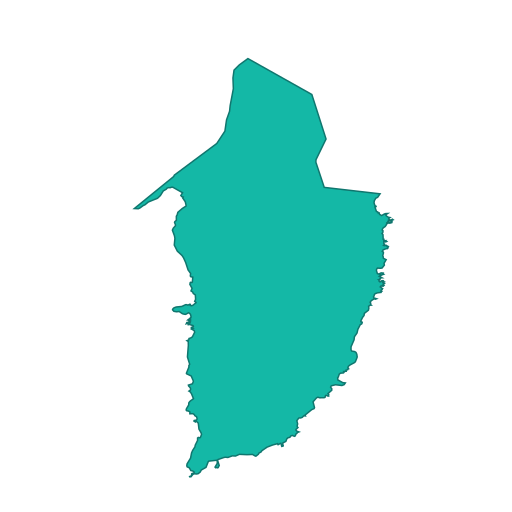 outline of Djando, Moûhîlî, Comoros, rotated 69°
{"feature_id": "10938185B42418571168375", "entity_name": "Djando", "entity_type": "district", "adm_level": 2, "iso_a3": "COM", "parent_name": "Comoros", "parent_adm1": "Moûhîlî", "projection": "equal_earth", "projection_center": [43.833, -12.356], "detail": "fine", "context": "isolated", "style": "filled", "palette": "teal", "viewbox_px": 512, "rotation_deg": 69, "n_neighbors": 0, "source": "geoboundaries", "source_scale": "gbopen_adm2", "svg_char_len": 6165}
<svg xmlns="http://www.w3.org/2000/svg" viewBox="0 0 512 512"><g transform="rotate(69 256 256)"><path d="M168.1,352.6L169.7,349.0L169.6,347.2L168.5,343.2L168.4,341.3L167.0,337.2L166.8,327.2L165.3,323.6L162.0,319.2L161.5,315.9L160.8,314.7L160.8,313.3L161.5,311.6L161.5,310.2L161.9,309.1L170.6,301.9L172.6,304.5L174.0,304.0L174.9,302.8L175.7,303.6L180.0,302.6L183.6,303.1L184.3,303.4L185.2,307.7L187.2,313.3L189.5,315.0L190.3,316.1L194.2,317.6L194.8,319.4L195.4,320.0L198.0,320.0L198.9,320.4L200.4,323.3L201.9,324.8L207.9,324.9L210.5,325.4L216.5,328.4L223.3,327.7L229.0,324.9L231.7,324.3L236.9,324.0L244.7,324.4L248.9,323.3L251.1,324.5L252.0,324.3L253.1,322.6L257.6,324.8L257.8,325.3L257.1,326.5L257.2,326.9L258.8,327.9L263.3,327.3L265.3,329.2L267.0,328.0L268.5,328.0L270.6,326.6L274.8,327.9L276.4,329.5L277.3,328.8L278.1,328.7L279.4,332.6L279.4,334.0L278.6,335.1L277.7,334.6L277.3,335.0L277.5,337.2L276.6,338.1L276.2,339.2L276.5,343.3L275.0,348.8L275.0,351.1L275.4,352.3L276.3,353.2L278.2,352.5L279.6,350.2L280.3,347.6L283.5,345.4L284.6,343.9L285.2,342.8L285.2,342.0L284.8,339.3L286.0,338.4L287.5,338.1L289.8,338.5L290.5,340.1L290.9,339.6L291.4,340.0L291.0,341.8L291.3,342.6L292.4,340.6L292.6,341.6L293.4,341.0L293.6,343.1L293.3,344.4L294.2,345.3L294.2,342.7L294.7,341.5L295.2,342.0L295.6,343.9L295.9,343.9L295.9,342.3L296.4,342.3L298.4,339.7L299.2,339.6L299.6,340.0L299.5,342.0L299.8,342.1L301.0,340.8L301.1,342.4L303.5,340.4L305.2,340.6L308.7,344.4L309.1,346.3L309.0,348.1L310.2,348.8L310.3,350.8L311.5,349.9L315.2,351.2L325.7,356.2L333.3,356.7L334.2,357.9L335.7,358.5L340.5,363.0L341.1,363.0L344.8,359.5L349.9,359.3L350.8,359.5L352.5,361.2L352.3,365.4L353.2,365.5L355.4,364.6L356.8,364.7L357.7,365.4L358.1,367.0L359.1,366.2L361.3,365.6L366.8,365.5L367.8,369.2L368.6,370.8L369.1,371.4L370.9,372.2L373.6,375.6L374.7,376.4L375.6,376.2L376.6,374.6L377.9,373.6L379.6,374.3L380.6,371.4L381.8,370.5L383.2,370.3L384.7,369.1L386.9,369.3L387.5,369.8L387.8,370.4L387.4,372.6L387.8,373.1L389.2,372.1L388.7,371.5L388.8,371.0L391.3,369.8L397.2,371.3L401.5,370.6L403.1,370.8L405.5,373.0L405.5,373.7L404.7,374.9L405.0,375.8L407.2,376.6L410.8,380.5L412.3,381.4L414.7,384.7L416.7,386.7L421.2,389.5L425.4,394.9L427.1,395.8L428.2,395.8L429.8,394.2L433.0,393.7L433.9,392.2L435.6,391.1L436.6,392.0L436.1,393.3L436.3,394.1L437.7,394.8L438.2,395.9L438.1,397.0L438.4,397.0L438.8,395.8L437.2,393.0L437.3,391.4L438.2,389.7L438.5,388.0L437.7,385.5L436.2,383.8L435.4,378.4L430.9,374.3L430.6,373.5L432.6,365.9L434.1,365.8L435.8,366.6L438.4,369.9L439.3,369.5L439.4,368.4L440.0,367.8L440.0,367.2L438.4,365.4L433.1,365.1L432.4,364.5L432.6,358.4L432.8,356.8L434.0,354.5L434.1,349.7L435.4,346.8L435.2,342.6L438.3,335.5L440.0,330.4L442.6,328.3L442.8,327.6L441.9,324.8L441.0,323.7L440.8,321.6L439.9,320.3L438.4,314.2L438.4,308.3L438.9,303.1L440.0,303.1L440.1,302.7L439.6,300.5L439.8,299.9L443.0,300.2L443.2,298.9L442.7,298.5L441.3,298.5L440.1,297.8L439.8,294.6L437.7,292.7L437.2,291.5L437.4,289.3L436.5,288.1L436.5,286.4L438.1,284.8L438.0,283.8L436.5,282.5L436.3,281.4L435.6,280.7L435.6,279.0L434.2,280.6L433.1,281.1L432.2,280.8L431.2,278.3L430.1,278.7L428.5,278.0L427.8,277.3L424.4,276.9L422.7,274.3L422.7,273.5L423.2,272.4L423.2,270.6L422.3,268.7L423.0,267.2L422.1,267.3L419.4,259.0L419.3,256.5L418.5,255.7L412.6,255.0L410.1,250.3L410.0,248.8L411.1,247.5L412.7,243.3L412.7,242.2L411.4,241.3L411.1,240.5L412.7,238.9L412.7,238.3L412.2,238.5L411.3,237.7L410.2,238.1L408.5,233.4L407.0,232.8L405.2,233.4L404.5,232.8L404.2,231.9L404.7,227.9L407.7,222.2L407.7,219.8L406.5,218.1L405.3,220.4L401.0,224.0L398.9,223.4L398.5,222.6L396.1,220.6L395.7,219.1L396.5,216.2L395.9,215.2L395.3,215.4L395.9,213.1L394.9,213.0L395.0,211.2L394.5,211.0L394.5,209.9L393.0,210.2L392.0,209.2L391.4,207.1L390.8,202.2L390.3,201.1L387.5,198.5L386.5,197.7L383.9,197.1L381.9,197.2L380.6,198.1L379.0,200.8L377.6,200.9L374.8,199.8L369.4,194.5L366.7,193.1L364.1,189.3L361.0,187.2L357.4,183.2L357.3,181.7L356.3,180.7L355.6,180.7L354.9,181.7L354.1,181.3L351.5,178.5L350.3,176.5L348.4,175.4L346.9,170.5L345.3,169.4L343.3,168.9L342.8,166.9L343.1,166.1L342.4,166.4L341.1,165.8L340.0,166.0L339.0,164.3L338.3,161.0L339.1,160.1L339.1,158.8L337.9,160.3L337.9,161.1L336.2,160.9L335.6,160.1L334.5,159.4L333.9,158.3L333.9,155.9L334.8,152.3L334.0,152.1L334.0,151.5L333.5,151.9L332.7,151.3L332.6,150.3L331.9,150.1L331.8,149.6L329.4,151.1L329.1,150.8L328.8,150.2L329.6,148.3L328.9,148.4L329.2,147.2L328.3,147.5L327.7,146.1L327.3,147.0L326.5,147.0L326.3,146.2L325.9,147.2L325.6,147.2L325.7,145.7L324.7,146.0L324.2,147.3L324.2,148.2L324.7,148.8L324.6,149.6L323.8,150.1L323.0,150.0L322.6,149.4L322.1,149.8L322.3,148.7L321.7,148.6L321.2,147.2L321.5,146.2L319.2,148.2L319.0,146.7L318.2,146.9L318.2,146.4L318.8,145.8L318.8,143.3L318.0,143.9L317.5,143.4L316.6,145.2L316.8,147.9L315.9,149.0L312.8,148.8L311.6,148.2L310.8,147.0L312.1,144.1L312.4,142.6L310.5,139.4L308.7,139.1L306.1,135.8L303.8,137.9L302.1,137.5L301.2,137.6L298.6,135.8L297.8,135.8L297.0,136.5L295.8,135.0L295.8,131.9L296.2,130.7L295.7,129.8L295.0,130.0L294.6,129.1L293.7,129.8L293.5,130.5L292.8,130.5L292.5,132.2L291.9,133.0L291.5,131.8L291.1,131.7L290.4,132.3L288.8,131.7L288.8,130.8L289.3,129.9L289.3,128.8L288.4,129.5L288.1,130.9L287.9,130.1L287.5,131.2L286.3,130.6L286.0,131.3L281.6,129.8L280.1,130.3L279.5,129.2L278.0,128.4L277.1,128.9L276.3,128.5L275.3,127.1L274.8,124.9L273.9,123.5L272.8,122.5L272.8,121.6L271.9,121.9L271.7,121.1L273.3,119.4L273.5,117.2L273.0,116.9L272.6,118.8L271.5,120.5L271.1,120.6L270.5,119.8L270.8,118.1L271.7,117.3L271.8,116.5L271.3,116.2L271.3,115.0L270.5,115.5L270.8,116.7L270.6,117.7L269.0,119.0L268.4,118.5L268.1,117.2L267.4,118.4L265.6,119.8L264.0,120.2L263.5,117.9L262.8,120.0L262.8,121.4L263.3,124.2L261.4,125.7L259.8,125.6L259.6,126.5L258.6,126.5L257.6,127.6L252.8,127.4L252.5,127.1L252.8,126.2L252.3,126.2L251.9,126.9L248.7,126.8L246.8,125.7L245.0,123.5L244.8,121.4L242.4,117.9L216.4,167.7L189.9,166.5L187.6,165.5L171.9,148.7L125.2,146.0L68.8,192.8L71.6,203.1L74.6,209.9L81.5,213.7L91.7,217.2L106.3,226.2L111.4,228.8L118.3,234.7L128.3,240.3L136.9,252.3L151.2,303.2L152.3,304.4L168.1,352.6Z" fill="#14b8a6" stroke="#0f766e" stroke-width="1.5"/></g></svg>